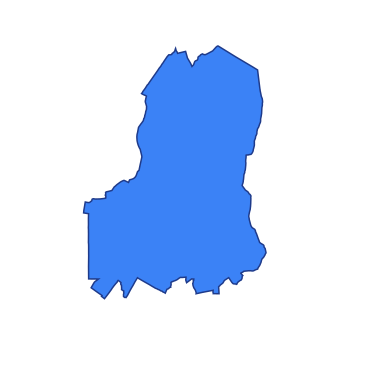 Siretel, Iasi, Romania (orthographic projection), rotated 35°
{"feature_id": "2599482B550039581691", "entity_name": "Siretel", "entity_type": "district", "adm_level": 2, "iso_a3": "ROU", "parent_name": "Romania", "parent_adm1": "Iasi", "projection": "orthographic", "projection_center": [26.741, 47.42], "detail": "fine", "context": "isolated", "style": "filled", "palette": "blue", "viewbox_px": 384, "rotation_deg": 35, "n_neighbors": 0, "source": "geoboundaries", "source_scale": "gbopen_adm2", "svg_char_len": 6010}
<svg xmlns="http://www.w3.org/2000/svg" viewBox="0 0 384 384"><g transform="rotate(35 192 192)"><path d="M269.3,246.0L269.6,244.9L271.2,241.1L276.3,243.1L277.4,243.4L278.3,243.5L278.9,243.3L279.6,242.9L280.3,242.4L280.9,242.2L281.2,242.3L281.6,241.6L281.4,241.1L281.3,240.4L281.4,239.2L281.8,238.0L282.0,237.3L282.8,235.8L282.7,235.0L282.5,234.0L281.4,232.1L281.6,231.3L279.6,230.8L278.7,230.7L278.5,230.4L278.8,229.7L279.4,228.8L279.6,228.2L279.9,227.7L279.9,227.2L283.6,224.0L284.1,223.6L284.6,223.4L284.8,223.1L286.3,222.3L287.1,221.8L287.7,221.1L288.8,219.0L289.3,218.4L290.0,217.5L289.8,216.9L289.6,215.7L289.6,213.5L289.0,210.6L288.8,209.8L288.5,209.1L288.1,208.1L287.8,206.8L287.8,206.5L287.8,206.0L288.0,205.3L288.1,204.3L287.9,201.7L287.7,201.1L287.6,200.5L287.6,199.7L287.4,199.2L284.5,196.5L284.3,196.3L282.7,195.8L282.4,195.5L282.2,195.2L281.8,194.8L281.3,194.5L280.8,194.4L280.2,194.4L277.7,194.6L276.4,194.5L275.8,194.2L275.4,193.8L273.4,192.5L268.8,189.2L267.2,188.3L267.0,188.2L266.8,188.1L266.6,187.8L266.3,187.6L266.0,187.2L265.4,186.9L264.7,186.6L261.7,186.7L261.1,186.5L259.4,185.7L254.8,181.8L254.1,181.0L252.6,179.6L252.0,178.6L251.7,178.0L250.4,175.0L249.8,173.2L248.2,170.2L246.8,167.9L244.3,164.1L243.9,163.5L243.2,162.7L242.9,162.0L242.4,161.3L242.0,161.1L240.9,160.7L240.0,160.7L239.5,160.6L238.4,160.0L237.4,159.8L234.4,159.8L233.8,159.5L229.4,158.0L228.8,156.4L228.6,155.5L227.9,153.9L227.6,153.5L226.9,152.0L224.7,148.2L224.5,147.8L224.1,145.9L223.4,144.9L223.2,144.0L222.8,143.0L220.7,139.3L220.0,138.2L219.4,137.2L218.9,136.8L218.3,136.0L217.2,134.2L217.0,133.7L216.2,132.3L215.2,130.8L216.0,129.9L216.7,129.6L216.9,129.1L217.7,128.4L217.8,128.1L218.5,127.6L218.7,127.4L218.9,126.5L218.9,126.2L218.9,125.5L218.7,124.0L218.4,123.1L217.8,121.9L217.3,120.4L216.7,119.0L216.6,118.6L216.2,117.8L216.0,117.5L215.2,116.5L215.1,116.2L214.4,115.3L213.9,114.6L213.5,113.5L213.2,111.9L212.2,109.8L212.1,109.3L212.1,108.9L211.9,107.8L211.6,107.0L211.5,106.7L210.9,105.9L210.6,105.4L209.7,103.3L209.4,102.4L209.4,100.9L208.7,98.4L208.4,97.5L208.2,96.3L208.1,95.8L207.5,94.5L206.3,92.8L205.5,90.9L204.0,87.8L200.9,82.9L199.9,80.6L198.5,78.6L198.4,78.1L198.1,77.6L197.5,76.9L197.0,76.3L196.3,75.6L195.7,75.0L194.8,74.5L194.4,74.2L193.7,73.7L192.9,72.9L190.9,71.0L189.7,69.9L189.3,69.4L188.4,68.5L175.7,54.4L170.4,54.7L150.7,56.2L129.7,57.4L129.1,57.9L128.6,59.6L128.0,64.6L125.3,69.9L124.2,71.8L123.0,72.6L121.3,72.9L120.3,74.8L120.4,75.5L120.3,76.0L119.9,76.7L119.6,77.7L119.7,78.3L120.4,79.4L120.7,80.5L120.4,81.4L119.7,82.5L119.5,83.2L119.5,83.9L120.3,86.9L120.0,89.2L117.2,87.5L111.5,84.9L106.1,80.5L102.3,84.8L100.7,86.7L100.2,86.3L99.6,85.9L97.9,85.3L97.4,84.8L96.2,83.8L96.4,84.7L96.8,85.5L97.0,86.8L97.0,87.6L96.7,88.6L96.6,89.1L96.3,89.9L96.3,90.3L96.3,90.6L96.5,91.0L95.6,92.0L94.3,92.9L94.2,93.3L94.2,93.8L94.0,95.4L94.1,101.6L94.2,102.1L94.1,104.7L94.3,107.0L94.1,109.2L94.2,112.6L94.2,117.9L94.2,127.2L94.3,128.6L94.0,130.0L94.2,133.8L94.1,137.9L94.3,138.8L94.2,140.3L95.0,140.3L97.0,140.0L98.9,139.6L99.7,139.6L100.9,142.8L101.3,143.3L101.4,143.9L101.5,144.3L102.1,144.9L102.2,145.1L105.7,147.9L106.8,149.7L107.1,150.0L107.5,151.1L107.7,151.8L107.9,152.4L108.0,152.8L108.6,153.9L109.2,155.4L109.3,156.1L109.9,157.3L110.3,158.3L110.4,158.9L110.4,159.5L111.2,161.5L111.2,164.3L111.1,165.5L111.1,167.2L111.1,169.5L111.2,169.9L113.2,174.3L114.0,176.4L114.4,177.1L115.1,178.3L116.0,179.5L117.6,181.5L119.2,183.0L120.8,184.3L122.3,185.3L124.4,186.5L124.6,186.5L125.1,186.7L125.8,187.4L130.1,191.2L130.7,191.9L130.9,192.2L132.5,196.0L133.6,198.7L136.1,204.5L136.1,204.9L135.7,206.5L136.8,210.4L136.9,211.3L136.9,212.1L136.9,212.8L136.6,213.9L136.4,214.4L136.0,215.2L135.2,216.3L134.0,217.7L133.9,217.9L134.5,220.6L129.8,221.4L129.5,221.6L128.9,222.5L128.0,224.1L127.6,225.0L126.2,229.2L125.8,231.2L125.4,232.3L125.5,236.7L123.5,239.1L122.0,240.7L121.5,241.5L121.6,241.9L121.6,242.2L122.6,243.1L122.6,243.9L122.8,244.2L123.1,244.3L123.1,244.6L123.8,244.8L123.9,245.0L124.1,245.3L124.3,245.5L124.3,246.0L124.8,246.3L124.6,246.9L122.7,248.6L120.7,250.4L116.9,253.2L115.1,254.1L114.5,254.8L114.3,255.3L114.9,256.6L114.6,257.7L114.3,258.7L113.8,259.7L112.6,260.4L110.3,261.4L113.9,269.0L115.2,271.3L119.7,269.1L122.4,273.2L126.1,278.4L127.5,280.6L128.9,282.4L130.1,284.1L131.2,285.6L135.4,291.7L135.9,292.5L137.4,294.3L138.7,296.1L143.2,302.5L143.6,303.0L150.0,312.4L157.2,322.5L165.3,316.9L163.9,321.2L163.8,321.8L163.8,322.5L163.8,323.0L164.3,328.3L171.1,328.4L177.7,328.4L177.7,329.4L181.5,329.6L181.8,323.1L181.9,318.0L181.8,317.0L181.9,313.5L182.1,310.8L182.4,308.8L182.3,308.5L182.1,307.9L182.2,306.8L184.0,306.8L185.7,306.9L186.2,307.9L186.4,308.2L187.0,308.7L187.7,308.8L187.9,309.1L189.7,311.4L190.1,312.1L190.3,312.4L192.9,312.2L193.2,313.0L193.9,313.6L194.2,314.1L194.4,314.7L194.7,315.3L195.9,316.9L197.3,317.0L197.5,316.9L197.6,316.7L198.0,316.4L198.5,316.3L198.5,314.4L198.5,313.7L198.4,313.1L197.8,308.5L197.5,305.6L197.3,302.6L196.8,298.3L196.5,293.5L197.3,293.5L205.4,292.8L210.4,292.3L213.7,292.1L215.7,291.9L216.6,291.9L217.7,291.7L219.2,291.3L220.3,291.3L221.2,290.9L223.1,290.9L224.4,290.4L225.4,290.6L227.2,290.2L228.1,290.2L227.3,286.3L227.3,285.9L228.0,285.1L228.2,284.6L228.5,283.0L229.1,282.3L228.9,282.2L228.7,281.6L228.4,280.7L227.9,279.7L226.6,278.1L226.9,277.5L227.1,276.8L227.6,276.5L227.8,275.9L229.2,274.0L230.2,272.1L230.9,269.9L231.4,268.7L233.3,267.4L235.9,265.2L236.4,265.9L237.3,267.6L238.0,268.2L239.6,269.4L240.8,265.8L241.5,263.5L243.4,262.3L243.6,262.7L244.0,263.2L243.7,263.6L243.8,263.8L244.2,264.3L244.3,264.5L244.6,264.8L245.0,266.1L245.0,266.4L246.1,267.6L246.6,268.1L248.4,269.4L249.1,269.7L250.7,270.3L252.3,271.4L253.5,272.4L253.6,272.8L253.7,273.0L258.1,268.2L265.7,260.4L266.3,261.5L266.7,262.1L267.4,262.6L267.7,263.1L272.5,259.8L270.3,257.0L268.2,254.4L268.2,253.9L268.5,253.1L268.5,252.5L268.6,251.8L269.0,250.6L269.3,249.6L269.5,248.9L269.4,247.2L269.3,246.6L269.3,246.0Z" fill="#3b82f6" stroke="#1e3a8a" stroke-width="1.5"/></g></svg>